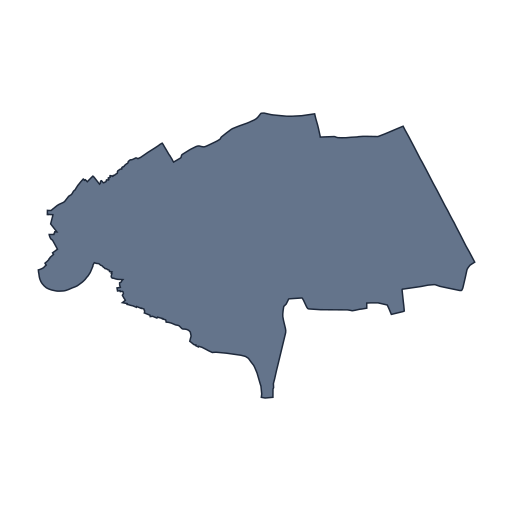 outline of Bang Yai, Nonthaburi, Thailand, rotated 177°
{"feature_id": "78962969B13602434515216", "entity_name": "Bang Yai", "entity_type": "district", "adm_level": 2, "iso_a3": "THA", "parent_name": "Thailand", "parent_adm1": "Nonthaburi", "projection": "orthographic", "projection_center": [100.414, 13.864], "detail": "fine", "context": "isolated", "style": "filled", "palette": "slate", "viewbox_px": 512, "rotation_deg": 177, "n_neighbors": 0, "source": "geoboundaries", "source_scale": "gbopen_adm2", "svg_char_len": 6031}
<svg xmlns="http://www.w3.org/2000/svg" viewBox="0 0 512 512"><g transform="rotate(177 256 256)"><path d="M167.4,197.4L164.6,196.8L162.9,196.3L162.5,196.3L160.0,196.6L155.2,197.4L153.2,197.5L148.1,198.1L147.9,203.2L143.9,203.2L136.5,202.8L127.5,200.2L127.4,200.0L125.8,195.9L123.9,190.6L112.1,192.8L110.8,193.3L111.0,198.4L111.3,203.1L111.9,214.5L111.6,215.2L92.8,216.9L85.8,217.9L79.9,218.1L78.6,218.0L74.0,216.1L66.2,214.0L54.4,210.9L52.8,210.8L52.1,211.3L51.1,213.3L48.2,223.3L46.0,231.4L44.8,233.3L42.8,235.6L40.6,236.9L37.9,238.4L42.9,249.2L45.8,255.0L50.4,265.4L54.5,274.4L56.6,279.3L57.7,281.4L60.4,287.2L62.1,291.1L64.6,296.2L71.8,312.1L75.3,319.4L81.4,332.9L85.4,341.5L86.8,344.2L92.5,356.9L97.3,367.3L100.7,374.3L102.3,377.9L106.3,376.5L120.9,371.2L128.0,368.9L139.3,369.7L142.6,369.9L147.6,369.8L148.6,369.6L155.1,369.6L159.9,369.4L164.4,369.6L168.1,369.9L169.6,370.4L170.9,371.0L171.7,371.2L185.6,371.4L185.7,372.5L186.9,379.8L187.6,383.5L189.1,390.0L190.0,394.9L203.1,393.7L213.1,393.7L218.2,394.0L231.6,396.0L233.6,396.4L240.4,398.3L242.9,398.3L243.7,398.1L246.7,394.7L248.4,393.2L250.5,392.0L257.8,389.2L265.6,386.9L268.9,385.8L272.9,384.4L274.2,383.7L278.7,380.7L284.3,376.7L284.8,376.1L285.5,374.9L285.9,374.5L288.4,373.1L291.1,371.9L296.4,369.7L299.9,368.3L301.5,367.8L302.4,367.7L303.0,367.8L304.5,368.1L306.8,368.8L307.2,368.9L308.8,368.8L310.2,368.4L315.3,366.2L317.1,365.3L324.3,361.3L324.8,360.9L324.9,360.7L325.3,359.8L325.7,358.4L326.1,357.9L330.7,355.5L333.4,354.1L334.3,355.8L334.9,357.2L335.9,359.0L336.7,360.6L337.6,361.9L340.1,366.8L341.7,369.8L343.0,372.4L343.4,373.0L343.8,373.6L345.8,372.6L347.9,371.2L351.3,369.2L358.8,365.0L361.5,363.3L366.1,360.5L368.8,359.4L369.1,359.5L369.9,360.0L370.5,360.2L371.0,360.2L373.8,359.0L375.3,358.6L376.4,358.6L376.9,358.4L378.6,357.1L378.9,356.0L379.1,355.6L379.4,355.3L379.7,355.1L380.5,354.8L382.5,353.3L382.7,353.1L382.9,352.6L383.2,352.3L383.8,352.0L384.7,351.9L385.0,351.6L385.4,351.1L385.4,350.1L385.5,349.9L386.7,349.9L387.1,349.8L389.5,348.3L389.9,347.6L390.0,347.2L390.0,346.3L390.3,345.8L392.2,344.8L393.0,344.0L394.0,344.0L394.4,343.9L394.5,343.8L394.5,343.3L394.9,343.0L395.2,343.0L395.7,343.5L396.3,343.6L397.1,343.9L397.5,343.9L397.7,343.6L397.7,343.4L397.4,342.6L397.5,342.3L398.0,342.0L399.2,341.8L399.5,341.6L399.5,341.3L399.0,340.4L399.0,340.1L399.1,339.8L399.3,339.7L399.6,339.6L400.8,339.9L401.3,339.8L401.5,339.5L401.7,338.5L402.1,338.0L402.4,337.8L403.2,337.6L404.1,337.1L404.5,337.1L404.8,337.3L406.3,339.2L406.5,339.3L407.0,339.1L407.3,338.7L407.7,336.7L408.5,335.9L412.9,342.2L413.5,343.1L414.7,344.3L416.4,342.9L417.4,341.9L417.8,341.6L420.6,339.0L422.4,341.1L422.6,341.2L423.2,340.5L423.3,340.5L424.5,341.9L427.1,339.3L429.5,336.6L430.1,336.0L431.9,333.5L433.2,331.5L434.0,331.0L434.9,330.2L435.3,329.6L436.1,328.3L436.8,327.4L437.3,326.9L439.9,325.5L444.2,320.5L445.2,319.8L445.8,319.5L449.7,318.0L451.8,316.9L456.0,313.9L458.2,312.2L460.5,312.3L461.9,312.5L462.1,309.7L462.2,308.3L461.2,308.2L461.1,308.5L459.9,308.2L456.7,307.9L456.9,306.7L459.4,298.8L453.6,290.5L455.7,290.7L456.0,289.5L456.4,289.3L456.5,288.7L456.7,288.1L461.4,288.3L461.3,287.3L460.8,285.7L460.2,284.2L459.8,283.6L458.8,282.8L458.3,282.3L457.9,281.5L453.9,273.2L459.0,269.8L458.1,268.3L458.1,268.2L461.3,265.7L461.8,265.2L462.0,264.7L462.9,263.9L463.1,263.2L465.3,261.2L467.1,259.9L467.1,259.7L466.4,258.5L466.1,258.2L466.0,257.8L466.4,257.5L467.3,256.9L468.7,255.5L469.5,255.1L470.5,254.6L471.3,254.3L473.1,253.7L474.1,253.5L474.0,251.2L473.8,250.1L473.7,248.8L473.5,246.5L473.2,244.9L472.9,243.8L472.1,241.6L471.4,240.3L470.9,239.5L469.1,237.2L467.0,235.2L464.9,234.0L462.0,232.8L459.1,232.0L457.2,231.5L455.8,231.3L454.3,231.2L450.1,231.2L449.1,231.3L447.9,231.5L445.1,232.3L441.1,233.8L438.2,234.7L436.0,235.6L434.3,236.7L431.1,238.8L429.7,239.9L427.8,241.6L426.3,243.4L424.8,244.9L422.6,247.9L422.0,249.0L419.4,254.4L419.3,255.3L419.0,256.0L417.8,257.8L417.0,257.4L415.5,256.9L413.9,256.7L413.3,256.5L412.9,256.2L411.7,255.0L410.3,254.3L409.9,254.0L409.2,253.0L408.0,252.1L407.4,251.3L407.2,251.2L406.6,251.2L406.1,251.1L405.6,250.8L405.2,250.3L404.9,250.1L403.9,249.8L403.4,249.5L403.2,249.2L403.2,248.4L403.1,248.1L401.7,248.0L400.7,247.6L400.8,247.5L401.4,246.8L401.5,246.6L401.5,246.3L400.9,246.1L400.8,245.9L401.4,244.4L401.7,243.0L401.6,242.6L401.3,242.2L401.1,241.8L400.9,241.6L400.5,241.4L399.2,241.2L397.5,240.5L395.3,239.9L390.2,239.4L391.3,238.3L392.0,237.1L392.3,236.9L393.6,236.4L393.7,234.7L393.6,233.8L393.1,231.8L396.5,231.4L396.1,228.3L393.6,228.5L393.5,227.7L393.4,227.5L391.6,227.7L391.1,227.6L390.7,227.2L390.4,225.8L390.4,225.3L391.5,223.9L391.5,223.7L390.0,220.7L389.4,219.8L388.8,218.6L391.9,216.4L387.1,215.2L387.3,214.4L386.0,214.1L383.5,213.2L381.6,212.7L378.1,211.0L377.8,211.8L373.4,209.7L373.3,210.0L370.7,208.9L370.5,207.8L370.1,207.2L370.3,205.3L370.5,205.0L365.8,202.8L365.0,202.5L364.8,201.0L362.4,201.2L358.2,199.2L357.6,200.1L355.2,199.3L352.4,198.4L352.6,198.0L349.6,197.0L349.4,196.5L349.2,194.7L346.8,194.3L345.5,193.9L344.0,193.4L339.9,191.4L337.4,190.8L336.3,190.2L334.0,187.6L333.5,187.2L332.8,186.9L330.6,186.7L328.8,186.2L328.3,185.9L327.1,185.3L326.7,184.8L326.4,184.5L325.7,183.7L325.5,182.9L325.0,179.7L325.0,179.4L326.0,176.4L326.6,174.3L325.4,173.3L322.7,170.8L320.7,170.3L321.0,169.7L318.3,168.2L318.0,168.8L314.8,167.7L310.5,165.2L308.4,163.9L304.6,161.9L303.3,162.0L300.9,162.0L290.6,160.5L276.3,157.7L272.8,156.6L271.7,156.2L269.3,154.5L268.6,153.7L266.5,150.4L264.1,147.0L263.2,145.0L261.1,139.2L258.4,127.7L257.9,125.9L257.5,117.9L258.1,114.6L254.3,113.7L246.5,114.0L246.0,122.2L245.3,123.6L245.3,127.7L243.8,132.4L241.6,140.3L239.9,145.9L230.4,177.9L230.2,180.1L230.4,182.1L231.9,190.2L232.4,194.1L232.3,196.6L231.8,200.0L231.0,203.9L230.9,204.2L228.4,206.4L226.3,210.1L225.9,211.0L225.6,211.2L225.3,211.5L212.7,211.7L212.2,211.6L211.8,211.1L211.0,209.6L208.4,203.2L207.9,202.1L207.1,200.9L206.6,200.6L206.1,200.4L194.4,199.0L167.4,197.4Z" fill="#64748b" stroke="#1e293b" stroke-width="1.5"/></g></svg>